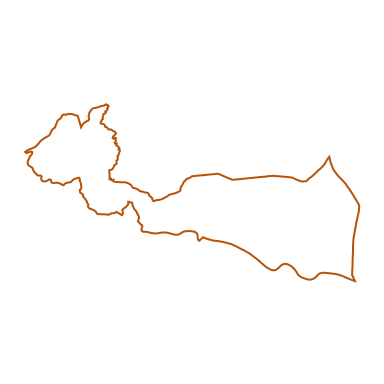 Vale de São Domingos, Mato Grosso, Brazil (orthographic projection), rotated 91°
{"feature_id": "56859067B20477849256600", "entity_name": "Vale de São Domingos", "entity_type": "district", "adm_level": 2, "iso_a3": "BRA", "parent_name": "Brazil", "parent_adm1": "Mato Grosso", "projection": "orthographic", "projection_center": [-58.989, -15.026], "detail": "fine", "context": "isolated", "style": "outline", "palette": "amber", "viewbox_px": 384, "rotation_deg": 91, "n_neighbors": 0, "source": "geoboundaries", "source_scale": "gbopen_adm2", "svg_char_len": 6070}
<svg xmlns="http://www.w3.org/2000/svg" viewBox="0 0 384 384"><g transform="rotate(91 192 192)"><path d="M278.2,27.5L273.2,29.9L272.2,30.5L262.3,30.2L255.6,30.2L248.5,30.0L240.6,30.0L238.9,29.9L235.6,29.7L233.0,29.3L219.6,27.1L216.6,26.5L211.4,25.4L210.4,25.3L208.8,24.9L207.1,24.8L205.7,24.6L204.5,24.5L202.1,24.8L199.7,26.1L195.6,28.7L193.2,30.2L189.5,32.6L186.3,34.8L184.5,36.2L180.8,38.8L179.4,40.1L177.0,42.5L175.9,43.6L174.2,45.3L173.5,46.1L167.2,51.0L166.1,51.5L162.3,53.0L159.6,54.0L157.3,54.7L155.4,55.1L154.4,55.3L156.3,56.8L157.9,57.8L162.2,60.2L163.4,61.2L165.7,63.3L166.8,64.5L168.2,66.1L172.1,69.9L173.5,71.4L174.5,72.7L175.8,74.3L177.0,75.8L179.0,77.7L179.4,79.0L179.6,81.8L179.4,83.2L179.1,84.4L178.3,86.1L177.5,88.5L175.8,92.0L175.6,94.0L175.3,97.4L175.1,100.0L175.0,101.3L175.0,102.5L174.8,104.5L174.7,106.5L174.5,109.0L174.6,113.7L174.9,116.8L175.3,118.2L175.7,122.4L175.8,123.6L176.1,125.9L177.4,137.1L177.6,138.2L177.8,140.6L178.0,141.9L178.7,147.8L179.0,150.7L178.9,152.5L176.7,157.8L174.1,164.1L173.3,166.3L175.1,182.1L175.4,185.2L176.3,192.3L177.3,193.6L178.2,194.9L178.5,195.9L178.7,197.1L182.3,200.5L184.7,201.6L187.9,203.4L189.5,203.7L191.0,203.8L191.9,205.2L192.7,207.0L193.5,208.3L193.8,210.2L194.4,211.7L194.7,213.3L195.2,214.8L196.3,216.0L198.6,219.8L199.9,222.5L200.7,226.4L201.0,228.4L201.9,230.1L201.3,231.0L200.0,231.5L198.9,231.5L198.1,232.7L197.2,233.4L196.4,234.5L195.3,235.2L194.2,235.5L193.5,236.5L193.5,237.7L193.3,238.8L192.9,240.2L192.4,241.9L192.3,243.6L191.4,245.1L190.2,246.2L189.9,247.5L189.4,248.7L189.1,249.9L188.9,251.1L187.8,251.8L186.2,253.0L185.3,254.3L184.5,255.7L183.9,257.3L183.3,260.2L183.5,261.3L183.5,263.0L183.4,264.9L183.4,268.2L182.7,270.8L181.2,270.8L181.8,271.7L181.4,273.2L180.2,273.1L180.5,274.7L178.8,274.6L177.4,274.7L175.9,274.7L174.6,274.8L173.2,275.2L171.5,274.9L171.3,273.3L170.4,271.9L168.8,270.9L167.2,270.3L166.1,269.6L165.7,268.4L164.6,267.8L163.3,267.9L162.0,268.2L161.0,266.8L159.4,267.0L158.3,266.6L157.3,267.2L156.4,266.2L155.2,265.8L153.8,265.5L152.3,264.8L151.1,265.0L150.7,266.2L149.1,265.4L148.4,266.3L147.3,267.1L146.8,268.5L145.1,268.1L145.1,269.6L144.0,270.1L143.1,269.1L141.8,269.2L139.4,269.1L139.4,270.4L140.2,271.3L139.2,272.4L137.7,271.7L136.7,270.4L134.5,269.1L133.4,269.9L131.9,272.6L130.8,274.2L131.1,276.1L130.0,277.3L128.6,278.5L128.3,280.0L126.8,280.3L125.8,281.2L125.6,282.3L125.2,283.4L124.9,284.6L123.9,284.6L123.0,283.9L121.5,283.5L120.5,282.3L119.5,282.7L118.0,282.4L116.9,282.0L115.6,281.9L115.1,280.4L114.1,279.5L113.1,280.1L112.1,278.7L110.8,277.8L109.7,278.3L107.6,276.9L106.7,277.6L106.6,278.7L105.8,279.7L106.9,281.1L107.4,282.5L107.5,283.7L108.5,286.2L109.0,287.7L109.9,291.6L110.6,293.3L111.5,294.1L113.8,295.5L115.9,296.4L117.9,296.7L119.5,296.4L121.4,296.1L122.3,296.9L123.2,298.8L124.1,300.1L125.8,302.1L126.9,302.9L129.2,304.0L117.7,307.6L117.5,309.5L116.6,311.9L116.2,313.5L116.3,315.0L116.0,316.7L116.5,318.0L117.1,319.5L116.7,321.2L117.9,323.4L119.0,323.7L120.1,324.1L120.9,324.9L121.6,326.0L123.2,327.7L129.3,329.9L130.2,330.4L131.9,332.8L133.9,333.8L135.4,334.4L136.5,334.8L137.5,335.6L138.5,336.7L140.0,339.3L140.8,340.6L142.3,342.7L143.9,344.5L146.5,346.4L147.8,347.6L149.7,349.7L150.5,351.1L152.5,356.1L154.8,359.5L155.8,358.7L155.8,357.3L155.0,355.6L154.4,353.8L154.5,352.7L155.6,352.4L156.9,352.7L158.0,353.6L159.0,354.5L161.8,355.7L163.3,356.4L164.3,356.8L165.6,356.9L167.0,356.6L168.0,356.0L168.8,355.1L170.0,352.9L171.1,351.7L172.3,351.3L173.7,350.7L175.7,349.1L176.9,348.0L177.9,346.7L178.3,345.3L178.2,343.7L179.1,342.6L180.6,342.9L181.9,343.0L183.1,342.4L183.7,341.4L184.1,340.1L183.8,338.6L183.4,337.3L182.9,336.3L181.9,335.0L182.2,333.4L183.9,333.1L185.2,332.2L185.5,330.6L185.0,328.0L185.3,325.8L185.8,324.2L186.3,323.2L187.2,321.7L187.4,320.6L186.0,319.2L185.2,318.1L184.2,313.2L182.3,311.6L181.1,309.9L180.5,308.2L180.0,306.8L179.7,305.3L180.9,304.3L182.4,304.7L184.2,303.6L185.4,303.3L186.6,303.1L187.9,302.8L189.4,302.8L191.1,303.0L191.9,304.3L194.6,303.8L195.4,302.4L196.5,300.9L198.0,301.0L199.0,300.3L201.4,298.2L203.0,297.2L204.6,296.7L206.4,295.4L208.0,295.8L209.4,295.1L210.5,293.9L210.6,292.7L211.4,291.0L212.4,288.9L213.1,288.0L214.4,287.2L215.6,286.2L215.8,285.0L215.8,282.8L215.9,280.7L215.8,278.0L216.1,276.4L216.2,275.2L215.8,274.0L214.5,271.8L214.6,270.0L214.0,268.2L213.2,267.1L216.4,261.6L215.5,261.0L214.2,260.7L211.3,261.4L209.7,260.1L208.4,258.1L206.8,256.6L205.2,255.5L203.8,255.6L202.8,255.5L203.6,253.0L203.6,251.8L204.9,251.4L206.8,251.0L210.1,249.4L211.0,248.5L212.2,247.5L213.2,246.9L214.3,246.3L215.4,246.1L216.7,244.9L217.9,244.8L219.1,244.5L220.6,245.0L222.1,245.6L223.1,244.8L224.1,243.6L225.5,242.6L226.0,241.3L227.3,241.0L228.5,241.5L229.9,241.9L231.5,241.8L232.6,240.0L232.6,237.4L232.7,236.2L233.2,233.9L233.8,231.6L234.1,228.9L234.0,226.8L233.8,225.0L233.4,223.1L233.0,220.6L232.9,218.8L233.1,216.1L233.7,213.7L234.4,210.8L234.8,209.2L235.0,207.5L235.0,205.9L234.7,204.8L234.1,203.4L233.2,201.9L231.8,199.9L231.5,198.2L231.2,196.2L231.1,193.4L231.3,191.1L231.8,188.7L232.7,187.0L234.2,185.8L235.5,185.7L237.8,185.5L239.6,185.1L240.6,183.9L237.0,180.1L238.1,177.7L238.5,176.4L239.0,174.5L239.3,173.5L239.6,172.1L240.2,170.2L240.3,168.2L240.5,166.6L240.7,165.1L240.9,163.4L241.3,160.5L241.8,158.3L243.1,153.1L243.5,151.6L244.1,150.2L245.3,147.7L245.8,146.3L246.5,145.0L248.4,141.3L249.0,139.8L250.1,137.7L251.0,136.3L251.6,135.0L252.4,133.6L253.5,132.1L254.2,131.1L255.8,128.8L257.3,126.8L259.5,124.0L260.8,122.6L264.7,117.9L265.8,116.4L266.8,114.6L267.8,112.8L268.4,111.6L268.8,109.8L268.8,107.8L268.2,106.4L267.3,105.3L266.3,104.0L265.1,102.9L263.7,101.5L262.8,99.9L262.2,97.9L262.4,95.7L263.3,93.6L263.9,92.3L264.6,91.3L266.2,89.4L267.3,88.3L269.6,86.5L270.9,85.7L272.4,84.8L273.7,83.6L275.3,81.1L276.1,79.0L277.1,76.1L277.4,74.6L277.6,73.0L277.5,71.6L277.1,70.3L276.3,68.5L274.8,66.6L273.3,65.3L272.1,64.1L271.3,63.0L270.6,61.0L270.4,59.1L270.7,54.7L270.8,53.6L271.5,46.8L272.4,43.1L273.2,40.6L274.9,36.4L275.8,34.1L277.1,31.0L278.2,27.5Z" fill="none" stroke="#b45309" stroke-width="2"/></g></svg>